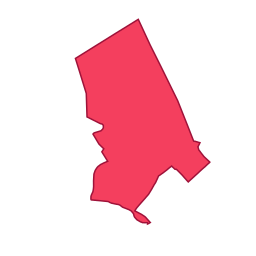 the district of Azaal, Amanat Al Asimah, Yemen, rotated 247°
{"feature_id": "15242507B23052795902995", "entity_name": "Azaal", "entity_type": "district", "adm_level": 2, "iso_a3": "YEM", "parent_name": "Yemen", "parent_adm1": "Amanat Al Asimah", "projection": "robinson", "projection_center": [44.226, 15.356], "detail": "fine", "context": "isolated", "style": "filled", "palette": "rose", "viewbox_px": 256, "rotation_deg": 247, "n_neighbors": 0, "source": "geoboundaries", "source_scale": "gbopen_adm2", "svg_char_len": 2784}
<svg xmlns="http://www.w3.org/2000/svg" viewBox="0 0 256 256"><g transform="rotate(247 128 128)"><path d="M62.8,126.4L63.7,127.5L64.6,128.7L64.8,129.0L65.2,129.4L67.1,132.2L68.7,133.9L69.2,134.5L70.5,135.9L71.0,136.4L72.0,137.5L72.1,138.6L72.4,139.9L72.8,141.5L72.8,142.0L72.9,142.3L74.0,146.5L74.1,147.0L74.7,148.9L75.0,149.9L75.4,151.2L75.5,151.8L75.9,153.3L74.2,154.0L73.8,154.2L71.7,155.1L71.4,155.6L71.1,156.4L70.6,156.6L68.7,157.4L66.2,158.4L63.4,159.5L60.0,160.6L58.3,161.2L57.3,161.5L54.8,162.4L55.5,164.3L56.3,166.6L56.4,167.0L57.0,168.6L57.5,170.1L57.8,170.8L58.0,171.5L58.2,172.0L58.6,173.2L59.2,174.9L59.6,176.0L59.8,176.4L61.0,179.8L61.4,181.0L62.0,182.8L62.1,183.3L62.9,185.4L63.1,186.0L63.3,186.4L63.8,187.9L64.3,189.5L64.6,190.0L65.1,189.8L67.8,188.6L68.7,188.2L71.2,187.1L71.9,186.8L72.5,186.6L74.1,186.2L74.4,186.1L75.9,185.7L76.3,185.6L77.3,185.3L77.6,185.3L80.3,184.6L82.3,184.9L83.2,185.0L83.5,185.1L83.7,185.5L84.6,186.5L85.5,187.6L86.4,188.5L86.8,187.9L87.4,187.1L87.8,186.7L88.3,186.1L88.9,185.3L89.4,184.8L89.9,183.9L90.3,183.3L108.3,183.8L112.7,183.9L133.6,184.4L170.2,182.4L196.0,180.8L224.0,179.9L220.1,154.5L212.6,106.8L200.4,105.6L176.1,103.1L154.2,94.6L142.9,104.2L142.7,104.4L141.9,105.6L140.8,106.1L140.0,106.3L137.9,105.4L136.9,104.3L136.0,102.0L136.7,95.5L136.7,94.7L136.1,93.4L124.5,95.0L118.3,97.6L116.3,94.6L105.3,96.3L105.3,92.4L105.3,91.5L105.2,90.8L105.1,89.0L105.1,88.4L104.6,86.8L104.4,85.7L103.9,84.5L103.5,83.8L102.8,82.7L101.8,81.3L101.6,81.1L100.3,79.9L100.1,79.7L99.2,78.9L98.8,78.6L92.5,75.5L92.2,75.4L87.6,73.5L85.9,72.6L84.7,71.9L84.1,71.5L83.2,70.9L82.6,70.3L81.9,69.5L81.6,69.2L81.0,68.5L79.6,67.2L79.0,67.0L78.5,66.7L77.6,66.3L76.7,66.0L76.3,66.0L76.1,66.2L75.0,68.3L74.6,69.0L74.1,70.0L73.9,70.3L71.5,74.8L71.2,75.3L69.4,78.6L68.9,79.5L68.5,80.2L68.2,80.8L67.9,81.2L66.6,82.2L66.1,82.6L65.7,83.1L65.2,83.5L65.0,83.9L64.6,84.4L64.2,85.0L63.1,86.5L62.6,87.3L62.4,87.5L61.7,88.7L61.3,89.3L60.5,90.1L60.1,90.5L59.7,90.7L57.7,91.8L57.1,92.2L56.9,92.4L54.4,95.0L54.2,95.2L53.1,96.3L52.9,96.5L52.7,96.8L52.3,97.1L51.5,97.7L50.0,98.8L49.4,98.8L48.1,99.3L47.7,99.3L47.1,99.6L46.1,99.4L44.4,99.2L44.1,99.2L43.6,99.2L41.9,99.7L41.4,99.9L40.8,100.1L40.4,100.2L40.0,100.4L38.9,101.2L38.3,101.7L38.1,101.8L36.5,103.0L36.4,103.3L35.2,104.4L35.0,104.8L33.9,107.3L33.5,108.4L33.3,108.8L32.4,108.7L32.0,108.5L32.0,108.9L32.0,109.2L32.0,109.6L32.3,111.6L33.1,111.3L34.9,110.7L36.3,110.2L39.0,109.3L39.4,109.1L39.8,108.9L40.8,108.3L42.4,107.2L43.1,106.8L43.8,106.2L46.0,104.4L47.5,103.2L49.1,101.8L49.8,102.9L51.0,104.7L53.1,108.9L53.7,110.3L54.0,110.7L54.6,112.1L55.1,113.1L56.1,115.2L56.8,116.7L57.1,117.2L57.9,118.9L58.5,120.1L58.8,120.8L59.7,122.1L60.5,123.2L61.2,124.2L62.8,126.4Z" fill="#f43f5e" stroke="#9f1239" stroke-width="1.5"/></g></svg>